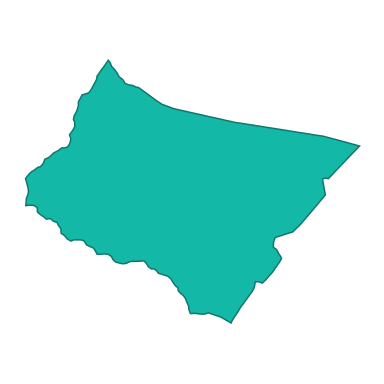 the district of Olindina, Bahia, Brazil, rotated 271°
{"feature_id": "56859067B31998944625923", "entity_name": "Olindina", "entity_type": "district", "adm_level": 2, "iso_a3": "BRA", "parent_name": "Brazil", "parent_adm1": "Bahia", "projection": "orthographic", "projection_center": [-38.373, -11.445], "detail": "fine", "context": "isolated", "style": "filled", "palette": "teal", "viewbox_px": 384, "rotation_deg": 271, "n_neighbors": 0, "source": "geoboundaries", "source_scale": "gbopen_adm2", "svg_char_len": 2265}
<svg xmlns="http://www.w3.org/2000/svg" viewBox="0 0 384 384"><g transform="rotate(271 192 192)"><path d="M322.3,106.0L319.9,104.4L316.1,101.9L311.9,98.8L308.7,96.8L306.2,95.0L303.5,94.8L300.5,93.5L297.3,91.7L293.5,89.9L289.8,87.4L288.5,84.9L287.3,80.5L283.3,78.5L280.3,76.8L276.2,76.9L272.5,75.8L269.8,74.8L266.0,72.8L262.5,72.2L259.6,73.5L255.2,73.6L250.9,71.3L247.1,68.5L243.4,69.9L240.0,69.4L237.3,68.4L234.9,66.7L233.9,64.1L233.8,60.9L231.1,57.6L228.5,52.8L225.7,50.2L223.8,47.8L222.2,44.3L218.2,42.9L214.8,40.1L213.8,37.1L211.4,34.3L209.3,30.9L206.4,28.2L202.5,25.3L199.0,26.4L196.4,27.1L193.3,28.0L189.2,28.5L186.6,28.0L182.9,26.5L179.7,26.4L175.5,26.0L176.0,30.0L175.8,34.2L173.8,37.5L169.4,37.8L167.0,40.4L164.8,43.8L162.3,46.9L163.0,50.8L160.3,54.0L159.2,57.6L156.2,59.0L152.9,61.6L148.4,61.9L146.3,65.2L142.9,68.1L140.8,71.8L142.1,74.8L142.1,77.6L142.2,81.7L141.3,84.9L137.3,87.5L135.6,91.1L134.0,94.8L131.7,96.2L128.0,98.3L128.2,101.9L128.6,105.4L128.2,109.3L126.1,112.6L123.0,114.1L120.5,117.2L119.7,120.5L119.0,123.9L119.4,127.2L121.4,131.4L121.7,136.7L121.9,141.0L122.3,145.2L120.0,147.5L116.3,149.8L114.4,152.7L114.5,155.6L112.4,158.2L110.1,159.8L109.4,162.9L108.3,165.8L107.5,169.1L104.9,172.3L100.8,174.9L97.9,177.1L96.1,179.6L93.0,179.9L90.7,182.1L88.3,185.2L85.3,187.3L81.0,189.1L77.7,190.7L74.6,190.9L70.4,192.5L70.7,197.4L70.2,201.7L70.0,204.9L70.4,207.6L71.5,210.3L67.4,223.1L61.7,233.3L64.3,234.5L67.1,236.2L70.8,238.6L74.1,240.7L76.9,242.2L79.2,243.7L81.7,245.6L85.4,248.2L88.7,250.5L91.6,252.5L94.0,254.2L97.0,255.6L99.6,256.3L103.3,256.8L103.4,260.6L102.1,263.9L104.8,266.6L107.0,268.6L109.2,270.3L111.1,272.0L113.1,273.8L115.5,275.4L118.0,277.0L121.3,279.2L124.0,281.1L127.1,282.7L129.5,281.5L131.8,279.8L135.9,277.6L138.3,274.2L142.1,274.4L144.8,274.8L147.8,275.9L149.3,279.8L150.3,282.9L151.6,286.6L152.8,290.2L153.7,293.3L162.5,301.9L181.0,317.0L191.4,325.4L207.4,322.2L208.2,324.9L207.7,328.1L229.5,348.1L240.9,358.7L243.2,349.7L246.0,338.7L250.1,322.1L251.2,313.6L261.6,239.7L262.4,233.3L275.0,172.3L279.2,160.4L283.2,154.2L295.5,136.8L296.0,133.9L297.5,131.0L298.1,126.5L299.5,123.1L302.9,121.1L305.9,117.2L309.8,114.9L313.1,112.5L316.2,109.4L319.9,107.9L322.3,106.0Z" fill="#14b8a6" stroke="#0f766e" stroke-width="1.5"/></g></svg>